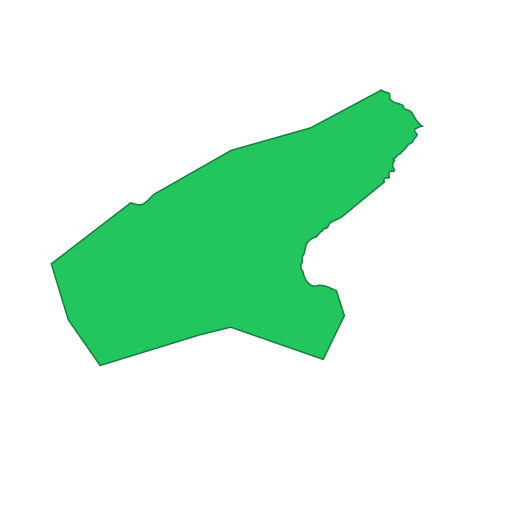 San Agustin, Copán, Honduras, rotated 252°
{"feature_id": "27666195B62722570051096", "entity_name": "San Agustin", "entity_type": "district", "adm_level": 2, "iso_a3": "HND", "parent_name": "Honduras", "parent_adm1": "Copán", "projection": "robinson", "projection_center": [-88.925, 14.809], "detail": "fine", "context": "isolated", "style": "filled", "palette": "green", "viewbox_px": 512, "rotation_deg": 252, "n_neighbors": 0, "source": "geoboundaries", "source_scale": "gbopen_adm2", "svg_char_len": 5807}
<svg xmlns="http://www.w3.org/2000/svg" viewBox="0 0 512 512"><g transform="rotate(252 256 256)"><path d="M253.2,57.8L200.1,73.9L198.4,177.8L196.2,209.8L136.9,287.9L171.9,321.6L197.8,321.8L198.9,320.8L200.0,319.7L200.7,318.9L202.3,317.1L203.5,315.7L204.7,314.3L205.3,313.5L205.9,312.7L206.2,312.2L206.5,311.7L206.8,311.2L207.3,310.2L207.8,309.2L208.3,308.0L208.4,307.8L208.5,307.4L208.7,306.8L208.7,306.6L208.8,306.2L208.8,305.6L208.8,304.8L208.8,304.5L208.8,304.1L208.9,303.7L209.0,303.3L209.1,303.0L209.2,302.7L209.3,302.3L209.4,302.0L209.6,301.6L209.8,301.3L210.0,301.0L210.2,300.7L210.4,300.4L210.6,300.1L210.9,299.7L211.2,299.5L211.5,299.2L212.0,298.7L212.6,298.3L213.0,298.0L213.4,297.8L214.0,297.4L214.7,297.1L215.2,296.9L216.3,296.5L216.8,296.3L217.3,296.2L217.9,296.0L218.4,295.9L219.6,295.8L220.5,295.7L222.2,295.5L222.8,295.5L223.5,295.5L224.0,295.6L224.6,295.7L225.2,295.8L225.5,295.9L226.0,295.9L226.3,295.9L226.7,295.9L227.0,295.8L227.3,295.7L227.6,295.5L227.9,295.4L228.3,295.2L228.6,295.2L228.9,295.1L229.5,295.1L230.2,295.1L230.9,295.2L231.6,295.3L232.0,295.5L232.3,295.6L232.7,295.7L233.1,295.9L233.5,296.2L233.9,296.4L234.4,296.8L235.0,297.3L235.5,297.7L236.0,298.0L236.6,298.3L237.2,298.6L237.7,298.8L238.3,299.0L239.1,299.1L239.6,299.3L239.9,299.4L240.2,299.6L240.7,299.9L241.2,300.2L241.6,300.5L241.9,300.9L242.5,301.6L242.9,302.0L243.3,302.4L243.6,302.6L243.9,302.9L244.6,303.3L245.1,303.6L245.9,304.1L246.5,304.4L248.9,305.7L251.4,307.5L252.7,308.7L253.5,310.0L254.0,310.9L254.4,311.7L254.7,312.5L254.9,313.1L255.0,313.4L255.1,313.7L255.3,315.0L255.5,316.4L255.5,317.0L255.6,317.6L255.6,318.5L255.6,319.7L257.0,321.6L257.9,323.1L258.9,325.0L259.1,325.3L259.2,325.7L259.2,326.1L259.2,326.4L259.3,326.6L259.4,326.9L259.5,327.1L259.8,327.3L260.0,327.4L260.1,327.6L260.3,327.8L260.4,328.0L260.5,328.2L260.7,328.6L260.8,329.1L260.9,329.7L261.0,330.1L261.0,330.5L260.9,330.9L260.8,331.2L260.7,331.5L260.6,331.9L260.7,332.0L260.8,332.3L261.0,332.6L261.2,333.0L261.5,333.3L262.1,333.9L263.2,335.0L263.5,335.4L264.0,335.9L264.3,336.3L264.5,336.6L264.6,336.8L264.7,337.1L264.8,337.4L264.9,337.9L265.0,338.4L265.8,344.5L265.9,345.1L266.0,346.0L266.0,346.5L266.1,347.0L266.5,349.1L286.7,400.8L288.3,401.0L288.6,401.0L288.9,401.2L289.1,401.3L289.3,401.4L289.6,401.6L289.8,401.9L289.9,402.0L290.0,402.2L290.0,402.3L290.1,402.6L290.1,402.8L290.2,403.0L290.2,403.4L290.1,403.9L290.0,404.2L289.9,404.5L289.7,404.9L289.4,405.4L289.4,405.6L289.3,405.8L289.2,406.1L289.1,406.4L289.1,406.8L289.2,407.0L289.3,407.1L289.5,407.1L289.8,407.2L290.5,407.3L291.3,407.4L291.7,407.4L292.0,407.5L292.4,407.6L293.0,407.9L293.5,408.2L293.7,408.3L293.9,408.4L294.2,408.6L294.4,408.9L294.6,409.1L294.8,409.4L294.9,409.7L294.9,409.8L294.9,410.1L295.0,410.5L294.9,410.8L294.8,411.2L294.7,411.4L294.5,411.9L294.4,412.1L294.3,412.5L294.2,412.9L294.1,413.2L294.2,413.4L294.2,413.6L294.3,413.7L294.4,413.8L294.7,414.0L294.9,414.0L295.1,414.1L295.5,414.1L296.1,414.2L296.5,414.2L296.9,414.1L297.3,414.0L297.7,413.8L298.0,413.7L298.3,413.6L298.5,413.6L298.9,413.6L299.1,413.7L299.3,413.7L299.5,413.8L300.2,414.2L300.6,414.4L301.0,414.6L301.9,415.0L302.2,415.1L302.3,415.2L302.5,415.4L302.7,415.6L302.9,415.9L303.0,416.3L303.2,416.5L303.3,416.6L303.6,416.9L304.0,417.0L304.4,417.1L304.7,417.0L304.9,417.0L305.0,416.9L305.2,416.7L305.3,416.5L305.4,416.4L305.5,416.4L305.7,416.5L305.8,416.6L305.9,416.8L306.1,417.2L306.2,417.7L306.3,418.1L306.4,418.7L306.4,418.9L306.4,419.4L306.5,419.6L306.6,419.8L307.1,420.4L307.6,420.8L307.8,421.0L308.1,421.2L308.1,421.3L308.2,421.6L308.4,423.0L308.6,424.6L308.7,424.8L308.8,425.0L309.2,425.5L309.4,425.8L309.6,426.1L311.1,429.4L311.9,430.9L312.3,431.7L312.6,432.2L313.5,433.2L314.0,433.9L314.4,434.6L314.6,434.9L314.9,435.4L315.1,435.8L315.2,436.1L315.3,436.4L315.3,436.6L315.2,437.0L315.2,437.5L315.4,438.3L315.6,439.0L316.0,439.8L316.1,440.0L316.3,440.2L316.5,440.6L317.2,441.3L318.0,442.2L318.9,443.3L319.1,443.5L319.3,443.8L319.4,444.0L319.7,444.6L319.9,445.0L320.2,445.4L320.5,445.8L320.6,446.0L320.9,446.3L321.2,446.5L321.4,446.6L321.6,446.7L321.8,446.7L322.1,446.7L322.5,446.6L323.0,446.4L323.5,446.2L323.9,446.0L324.4,445.8L324.7,445.6L324.9,445.5L325.2,445.5L325.5,445.5L325.9,445.5L326.3,445.6L326.5,445.7L326.7,445.8L327.0,446.0L327.3,446.3L327.4,446.5L327.5,446.7L327.6,447.0L327.7,447.4L327.8,447.8L327.9,448.6L328.2,450.5L328.3,451.2L328.3,452.0L328.3,453.3L328.2,454.2L328.7,453.8L329.5,453.2L330.3,452.7L330.8,452.5L331.6,452.1L332.3,451.8L333.9,451.1L335.6,450.5L336.4,450.2L338.1,449.8L339.0,449.5L339.6,449.4L340.3,449.3L342.0,449.0L342.5,448.9L343.4,448.7L344.0,448.5L344.4,448.4L344.9,448.1L345.3,447.9L345.8,447.6L346.3,447.2L347.0,446.6L347.3,446.3L347.5,446.1L347.7,445.9L347.9,445.6L348.0,445.3L348.4,444.6L348.5,444.4L348.7,444.1L348.9,443.8L349.1,443.6L349.3,443.5L349.6,443.2L350.0,443.0L350.4,442.7L351.0,442.5L351.4,442.3L351.8,442.2L352.1,442.2L352.3,442.2L352.8,442.2L353.1,442.2L353.3,442.2L353.5,442.1L353.8,442.0L354.0,441.9L354.3,441.7L354.6,441.4L355.0,441.0L355.6,440.3L356.0,439.9L356.4,439.4L356.7,438.9L357.1,438.4L357.4,437.8L357.8,437.1L358.2,436.6L358.5,436.1L358.9,435.6L359.6,434.9L360.2,434.2L361.0,433.6L361.6,433.1L361.9,432.9L362.3,432.7L362.7,432.4L363.1,432.3L363.2,432.2L363.5,432.1L363.8,432.1L364.0,432.1L364.4,432.1L364.9,432.2L365.4,432.3L366.7,432.5L367.1,432.7L367.4,432.7L368.2,433.0L368.5,433.1L368.8,433.1L369.0,433.1L369.5,432.9L369.7,432.7L370.1,432.4L370.3,432.1L370.7,431.6L371.0,431.2L371.8,430.0L372.2,429.4L373.0,428.5L373.9,427.5L374.1,427.3L374.4,427.0L374.7,426.8L375.1,426.6L361.0,347.7L364.1,264.9L346.2,178.1L344.2,174.1L342.1,169.9L341.1,167.4L340.4,165.5L340.1,163.5L340.4,162.1L341.0,159.9L341.7,158.7L342.7,157.0L345.3,153.3L311.8,58.9L253.2,57.8Z" fill="#22c55e" stroke="#15803d" stroke-width="1.5"/></g></svg>